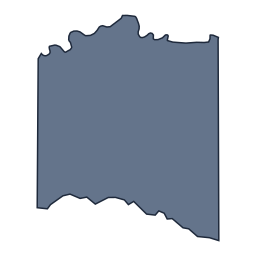 outline of Lamar, Texas, United States of America
{"feature_id": "52423323B29010460164460", "entity_name": "Lamar", "entity_type": "district", "adm_level": 2, "iso_a3": "USA", "parent_name": "United States of America", "parent_adm1": "Texas", "projection": "natural_earth1", "projection_center": [-95.621, 33.658], "detail": "fine", "context": "isolated", "style": "filled", "palette": "slate", "viewbox_px": 256, "rotation_deg": 0, "n_neighbors": 0, "source": "geoboundaries", "source_scale": "gbopen_adm2", "svg_char_len": 1369}
<svg xmlns="http://www.w3.org/2000/svg" viewBox="0 0 256 256"><path d="M69.0,40.4L69.3,41.2L70.4,42.4L71.7,47.1L71.4,48.1L70.2,49.7L68.4,50.6L65.6,52.2L65.2,52.2L64.2,51.7L60.3,47.1L59.7,46.6L56.1,45.2L54.6,45.1L49.5,46.3L49.2,47.0L49.2,47.5L49.5,49.4L49.9,50.4L50.1,52.0L50.0,52.7L49.5,53.6L48.8,54.3L47.0,55.4L45.8,55.8L44.0,55.6L43.1,55.2L41.9,54.2L41.3,53.5L38.2,58.7L37.2,207.7L47.4,208.8L50.5,204.6L62.9,195.8L70.0,194.1L80.1,198.4L86.8,197.1L95.3,204.1L108.2,197.5L115.5,197.4L124.4,199.9L128.4,204.6L133.7,201.4L146.6,214.1L155.2,215.1L158.8,210.9L164.2,213.2L167.2,219.0L172.2,218.6L183.0,227.8L188.7,228.8L197.5,236.5L209.5,237.7L218.8,240.6L218.1,39.5L218.4,37.4L213.1,35.2L210.5,35.0L210.1,35.2L210.0,38.8L208.6,42.0L204.2,42.5L196.7,42.3L185.9,43.1L172.8,42.1L167.6,40.6L167.3,40.2L168.2,36.0L167.7,35.1L167.0,34.8L165.4,35.0L162.5,37.8L158.1,39.6L154.7,39.7L153.4,39.0L153.3,38.1L153.4,35.0L152.1,33.4L150.4,33.0L148.8,33.7L147.1,35.3L144.5,37.0L142.3,37.6L140.5,37.4L139.5,36.4L138.2,34.1L138.2,31.7L139.1,28.9L139.2,26.2L138.5,23.5L136.6,18.4L135.8,17.1L135.3,16.6L134.5,16.3L127.1,15.4L122.5,15.5L121.2,18.3L110.2,26.7L106.8,27.0L102.7,25.7L100.8,26.1L99.3,27.0L97.0,30.5L94.4,33.4L90.4,35.4L85.8,35.7L84.9,35.4L80.0,31.9L77.0,31.0L73.8,31.1L70.8,32.4L70.1,33.2L68.9,36.1L68.7,39.8L69.0,40.4Z" fill="#64748b" stroke="#1e293b" stroke-width="1.5"/></svg>